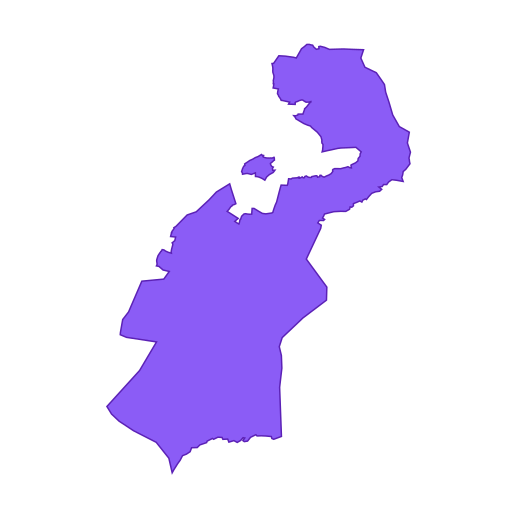 Ilorin South, Kwara, Nigeria, rotated 81°
{"feature_id": "59680162B63804955714699", "entity_name": "Ilorin South", "entity_type": "district", "adm_level": 2, "iso_a3": "NGA", "parent_name": "Nigeria", "parent_adm1": "Kwara", "projection": "equal_earth", "projection_center": [4.582, 8.481], "detail": "fine", "context": "isolated", "style": "filled", "palette": "violet", "viewbox_px": 512, "rotation_deg": 81, "n_neighbors": 0, "source": "geoboundaries", "source_scale": "gbopen_adm2", "svg_char_len": 5321}
<svg xmlns="http://www.w3.org/2000/svg" viewBox="0 0 512 512"><g transform="rotate(81 256 256)"><path d="M180.6,270.7L186.6,285.1L193.2,293.6L203.0,308.1L204.7,317.6L214.2,330.4L215.2,332.7L215.9,332.5L218.1,334.6L218.2,334.8L219.8,335.9L220.0,335.6L221.0,336.3L223.4,337.3L224.7,332.4L228.1,333.8L229.9,336.8L230.6,336.4L231.8,336.4L236.1,338.3L238.4,339.1L240.0,339.1L238.6,342.1L236.9,344.7L235.8,345.7L235.3,346.7L235.0,347.7L236.5,348.8L236.5,349.0L236.7,349.4L237.8,350.2L237.8,350.4L239.1,351.6L240.5,352.8L242.9,354.0L243.9,354.5L245.3,354.9L247.2,354.9L248.8,355.0L249.9,355.7L250.2,355.9L250.9,354.0L251.3,353.2L251.7,353.0L255.3,350.0L257.7,344.1L264.4,350.7L263.0,372.7L291.3,390.6L297.9,397.6L310.4,401.9L312.5,402.4L316.1,396.6L325.3,367.7L350.9,388.9L381.3,426.8L389.5,423.4L397.8,417.0L409.4,404.3L424.4,383.7L442.1,373.7L457.0,372.7L454.3,370.6L448.9,365.9L445.9,362.9L441.7,359.8L440.8,355.7L439.0,351.7L435.3,349.6L436.0,344.0L433.8,341.0L432.6,334.0L431.2,333.2L429.4,327.6L430.4,326.5L429.0,322.0L429.9,317.9L431.9,317.4L432.4,312.6L435.6,311.9L434.9,306.7L437.2,303.7L435.8,300.0L433.4,297.2L434.0,295.6L436.3,297.8L437.5,296.6L437.5,293.3L434.2,289.7L432.5,284.1L433.9,283.1L434.4,278.9L435.4,274.1L436.7,269.1L438.7,268.9L439.8,267.2L438.2,259.1L389.4,253.2L370.8,248.0L358.3,246.5L349.2,247.2L340.7,242.9L324.5,219.3L310.6,193.3L297.8,190.9L266.9,206.8L238.9,187.8L235.8,186.7L233.0,189.8L230.8,187.9L231.5,183.7L230.6,182.5L228.9,184.4L227.1,182.9L225.3,181.8L224.9,178.0L224.4,172.2L225.1,165.4L226.0,160.4L224.5,156.3L222.2,155.3L222.8,153.8L221.7,151.9L219.5,151.6L218.8,148.3L217.9,144.8L219.3,143.0L217.6,141.8L216.7,139.1L217.5,138.1L215.0,135.4L212.2,131.9L211.3,127.8L211.4,123.8L209.8,121.4L207.1,123.9L207.1,120.5L205.4,118.9L205.9,115.7L203.7,113.5L201.9,109.9L203.1,105.6L205.4,99.0L201.3,99.8L198.9,98.5L195.6,97.4L193.9,94.6L189.0,89.5L186.7,89.6L184.8,89.5L183.2,89.6L177.6,87.2L168.0,88.8L157.7,85.2L150.6,94.2L138.1,98.9L124.9,100.6L114.5,102.3L106.7,102.3L101.0,105.0L93.8,108.5L86.6,118.9L76.9,121.5L69.1,117.5L67.0,128.4L65.2,137.3L63.4,151.2L60.7,155.5L58.9,159.7L59.0,161.2L61.1,161.4L61.3,164.0L60.5,164.7L58.7,166.2L56.6,167.1L56.2,168.4L55.3,170.4L55.0,172.7L56.7,175.4L58.4,178.6L66.7,185.2L65.6,187.8L63.2,195.7L61.8,202.1L68.5,208.5L68.4,210.1L72.1,209.9L74.1,210.1L75.3,210.4L77.2,210.6L80.6,210.1L81.3,210.2L82.6,210.4L84.2,211.0L85.4,211.5L85.9,211.5L87.1,211.6L88.5,212.0L88.7,211.5L90.7,212.0L92.7,212.8L94.5,207.8L97.0,208.8L99.1,209.4L100.5,208.8L101.7,208.6L103.1,207.9L104.6,207.2L105.4,207.0L106.2,206.8L106.6,205.4L107.6,202.9L108.5,200.6L109.3,198.7L111.1,200.1L112.4,193.6L111.6,193.4L110.5,193.3L110.0,192.1L109.9,190.9L109.3,189.1L109.0,186.4L109.3,185.5L109.6,185.1L110.1,184.7L110.6,184.1L111.1,183.3L111.5,183.2L111.9,182.4L112.1,181.0L112.3,179.6L112.0,177.6L112.4,177.6L112.9,178.6L114.2,180.1L115.4,181.4L116.0,182.0L116.8,182.9L118.2,185.0L118.8,185.1L123.2,187.5L122.4,192.2L123.3,192.7L123.7,194.9L123.3,196.7L125.3,195.5L126.8,195.1L132.7,188.0L134.9,184.4L136.2,181.8L137.7,181.0L143.3,176.1L148.3,173.2L151.7,172.8L153.3,173.1L154.8,173.2L156.2,172.4L158.5,172.8L159.9,173.2L161.7,173.6L163.5,174.4L163.1,168.8L162.9,164.7L162.7,161.6L162.5,158.3L162.6,155.2L163.0,151.8L163.7,145.8L164.3,140.3L169.6,135.8L171.3,137.1L173.8,137.7L175.6,139.8L178.0,140.5L179.5,143.0L180.7,147.1L181.1,148.0L183.9,148.0L183.4,149.6L182.2,151.2L182.6,153.8L182.7,155.8L183.0,158.6L182.0,164.7L182.5,166.4L183.0,166.9L184.5,166.9L186.4,168.9L187.4,171.4L188.0,174.0L188.8,176.4L187.7,178.2L186.4,179.2L186.4,180.3L187.6,180.6L187.8,182.9L186.6,183.1L186.2,183.7L186.1,184.7L186.2,186.5L186.3,188.5L187.0,189.0L186.9,190.2L186.6,191.4L186.0,192.5L184.8,193.8L185.1,195.3L186.2,196.0L186.2,197.1L185.1,198.0L185.8,199.9L186.0,201.0L185.8,201.4L185.2,200.9L184.7,201.1L184.8,201.9L185.2,202.9L184.8,208.0L185.4,209.2L184.8,211.7L189.9,213.4L191.1,214.1L189.9,220.1L192.4,221.3L196.9,223.3L205.9,227.2L208.8,229.1L212.7,231.2L215.6,232.6L216.0,233.8L215.9,239.8L214.9,243.1L212.3,246.3L208.7,250.5L208.4,252.4L214.0,253.7L213.7,256.1L213.1,258.3L212.6,259.6L212.6,261.3L214.5,264.0L217.4,265.5L217.6,266.1L220.5,267.2L221.7,267.9L220.9,268.9L220.5,269.4L218.5,271.6L217.3,269.7L216.1,267.7L213.9,270.2L212.0,272.3L207.4,277.5L205.6,275.3L203.5,273.3L202.6,271.6L202.1,271.4L201.7,269.2L201.2,267.7L186.2,270.0L180.6,270.7ZM157.9,232.8L157.6,233.6L157.5,234.1L156.6,234.7L157.8,237.7L158.1,238.4L158.7,241.3L159.7,243.7L160.2,245.4L160.7,247.3L161.4,248.7L161.6,249.0L161.8,249.6L162.4,250.8L162.8,251.8L163.2,252.6L163.3,252.8L163.6,252.8L164.3,252.8L164.9,252.8L165.3,254.0L167.6,255.6L170.4,257.0L172.0,256.4L173.1,256.5L173.0,252.9L173.2,251.3L174.7,247.8L173.8,243.6L177.4,244.1L177.8,242.4L178.4,241.0L179.4,239.3L180.4,237.8L182.5,235.4L179.6,233.1L178.5,231.4L177.7,230.1L177.3,229.0L176.2,226.0L175.3,225.0L174.2,223.9L174.0,226.1L173.3,226.1L172.3,226.0L171.9,226.0L171.1,225.2L170.9,225.0L170.5,225.5L169.9,226.5L168.4,227.1L167.6,227.3L166.8,227.3L165.9,225.6L165.1,224.4L164.7,223.9L164.4,223.4L164.2,222.8L163.0,222.7L162.4,222.6L161.8,222.6L161.3,222.8L161.7,224.0L161.7,224.5L161.8,225.1L161.5,225.9L161.4,227.3L160.9,229.9L160.5,231.1L160.1,232.0L159.4,233.2L159.0,233.6L157.9,232.8Z" fill="#8b5cf6" stroke="#5b21b6" stroke-width="1.5"/></g></svg>